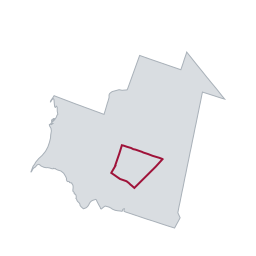 Tichitt, Tagant, Mauritania (highlighted), rotated 19°
{"feature_id": "47542326B42701553126465", "entity_name": "Tichitt", "entity_type": "district", "adm_level": 2, "iso_a3": "MRT", "parent_name": "Mauritania", "parent_adm1": "Tagant", "projection": "orthographic", "projection_center": [-9.94, 18.515], "detail": "fine", "context": "in_parent", "style": "outline", "palette": "rose", "viewbox_px": 256, "rotation_deg": 19, "n_neighbors": 0, "source": "geoboundaries", "source_scale": "gbopen_adm2", "svg_char_len": 3628}
<svg xmlns="http://www.w3.org/2000/svg" viewBox="0 0 256 256"><g transform="rotate(19 128 128)"><path d="M109.7,217.9L109.4,217.8L107.9,216.8L107.2,215.5L106.0,214.6L104.4,213.9L103.4,213.2L102.9,212.4L102.3,211.8L101.6,211.5L101.6,211.2L101.7,210.8L101.6,210.1L100.7,208.5L99.8,207.7L99.0,207.8L98.6,207.6L98.3,207.2L98.3,206.7L97.7,206.2L96.8,206.0L96.1,204.8L95.6,202.5L95.0,200.8L94.1,199.5L93.5,199.1L93.0,199.0L92.9,198.8L92.8,198.4L92.1,198.3L91.1,198.6L90.3,198.5L89.9,197.8L89.3,197.8L88.5,198.3L87.7,198.1L86.9,197.3L86.4,196.5L86.3,195.7L84.8,194.1L81.9,191.7L78.6,190.5L75.1,190.6L73.1,190.4L72.7,190.0L72.3,190.0L71.8,190.4L71.4,190.5L70.9,190.3L70.6,190.4L70.4,191.0L69.2,191.3L66.9,191.3L64.9,191.6L63.5,192.2L61.4,192.5L58.8,192.3L57.2,192.0L56.7,191.5L55.9,191.4L54.9,191.6L54.0,192.7L53.2,194.8L52.5,196.0L52.0,196.2L51.4,197.8L51.0,200.4L50.5,201.5L50.7,195.0L51.5,192.6L51.8,190.5L53.6,185.8L55.7,182.0L57.6,176.9L58.4,172.0L58.4,167.1L58.0,162.7L57.2,159.8L56.5,155.7L55.3,153.4L53.0,151.4L52.5,150.3L53.1,149.9L54.5,149.7L55.5,148.2L53.6,148.7L55.9,144.2L56.7,141.2L56.7,139.1L57.2,137.9L55.6,135.1L54.4,131.6L53.8,131.0L53.1,130.7L53.0,131.5L52.6,132.2L51.8,131.8L50.5,129.2L48.7,125.1L48.0,124.6L47.4,125.2L47.0,125.7L46.2,129.0L46.0,127.7L46.4,126.1L47.0,124.2L47.6,121.5L49.4,121.6L52.4,121.7L58.6,121.9L61.7,122.0L67.9,122.2L71.0,122.3L77.2,122.4L80.3,122.5L86.5,122.6L89.6,122.7L95.8,122.8L98.9,122.9L100.9,122.9L100.8,121.0L100.8,119.5L100.7,117.4L100.6,115.3L100.5,113.3L100.4,111.4L100.4,109.5L100.3,107.7L100.2,106.0L100.1,105.1L99.4,103.2L99.3,102.3L99.5,101.3L100.0,100.4L101.2,98.7L103.0,97.5L105.2,96.0L106.8,94.9L107.6,94.6L110.1,94.3L112.1,93.4L114.0,92.6L114.8,92.1L114.9,90.6L115.4,55.6L124.7,55.7L127.1,55.7L144.2,55.7L146.6,55.7L159.0,55.7L159.0,54.0L159.0,51.7L159.0,48.4L158.9,45.2L158.9,39.5L158.8,37.1L161.3,38.7L166.2,41.8L168.7,43.4L173.6,46.5L178.6,49.6L183.5,52.7L186.0,54.3L188.5,55.8L191.0,57.4L193.5,58.9L198.6,62.0L200.7,63.3L203.9,65.4L206.9,67.3L210.0,69.2L205.4,69.4L199.2,69.5L195.0,69.6L190.7,69.7L186.7,69.8L187.1,73.1L187.6,76.7L188.1,80.3L188.5,83.8L189.0,87.4L190.4,98.2L190.9,101.8L191.3,105.4L191.8,109.0L192.3,112.6L193.2,119.8L193.7,123.4L194.2,127.1L194.6,130.7L195.1,134.3L195.6,137.9L196.5,145.1L197.0,148.7L197.5,152.3L197.9,155.9L198.4,159.5L198.9,163.1L199.4,166.7L199.8,170.3L200.8,177.6L201.3,181.2L201.7,184.8L202.2,188.4L202.7,191.9L204.4,193.7L206.5,195.9L206.0,199.2L205.3,203.1L204.6,207.4L198.8,207.6L193.1,207.7L178.8,207.9L176.0,208.0L161.7,208.1L158.8,208.1L153.3,208.2L151.7,208.1L151.1,207.7L150.9,205.5L150.4,205.7L149.8,206.3L149.5,207.0L149.6,207.9L149.5,208.7L147.7,209.0L145.2,209.6L142.6,210.0L139.9,209.8L139.0,209.6L138.1,209.3L136.0,209.0L134.8,209.0L133.5,209.1L132.0,209.2L131.5,209.6L130.3,211.3L129.2,213.2L128.4,213.2L127.6,212.1L125.3,210.1L122.6,207.5L121.4,206.2L120.7,206.0L119.4,207.0L118.3,207.8L117.1,209.1L116.5,210.3L116.1,211.7L115.9,213.4L115.4,215.3L114.5,216.9L113.3,218.0L112.5,218.6L112.1,218.9L109.7,217.9ZM54.7,145.4L53.7,146.8L53.4,146.2L53.2,145.3L54.1,144.0L54.5,143.3L55.2,143.1L54.7,145.4Z" fill="#d9dde1" stroke="#a8b0b8" stroke-width="1"/><path d="M126.8,175.9L137.0,178.8L144.0,178.8L145.3,179.3L146.1,179.5L147.5,180.1L148.5,180.6L148.9,180.8L149.9,181.1L153.5,182.6L166.8,155.5L170.8,146.2L170.5,146.1L167.3,146.0L160.3,146.3L155.3,146.1L150.4,146.2L149.0,146.0L142.1,146.0L139.8,146.3L137.5,145.9L133.1,146.1L129.5,146.1L127.8,146.3L127.9,148.3L128.1,155.1L128.1,159.0L128.1,167.6L128.4,167.7L128.0,169.8L126.9,175.2L126.8,175.8L126.8,175.9Z" fill="none" stroke="#9f1239" stroke-width="2"/></g></svg>